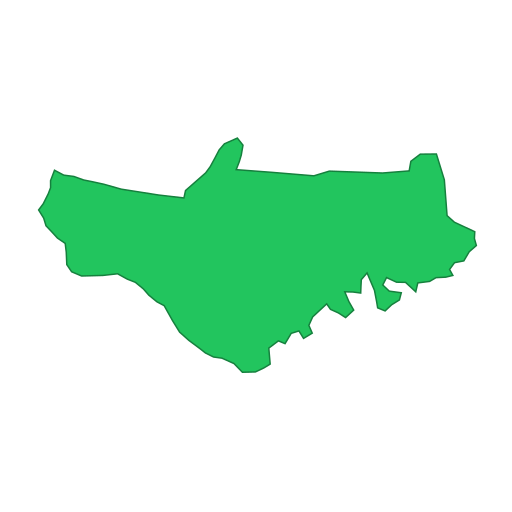 Quatro Pontes, Paraná, Brazil (Mercator projection), rotated 93°
{"feature_id": "56859067B95134606525009", "entity_name": "Quatro Pontes", "entity_type": "district", "adm_level": 2, "iso_a3": "BRA", "parent_name": "Brazil", "parent_adm1": "Paraná", "projection": "mercator", "projection_center": [-53.971, -24.574], "detail": "fine", "context": "isolated", "style": "filled", "palette": "green", "viewbox_px": 512, "rotation_deg": 93, "n_neighbors": 0, "source": "geoboundaries", "source_scale": "gbopen_adm2", "svg_char_len": 1508}
<svg xmlns="http://www.w3.org/2000/svg" viewBox="0 0 512 512"><g transform="rotate(93 256 256)"><path d="M180.9,461.7L191.5,465.1L198.5,464.7L204.7,466.7L215.0,471.2L221.4,475.5L229.3,470.0L236.8,467.3L242.1,461.7L248.5,455.2L253.4,447.2L262.0,445.7L274.5,444.5L281.4,439.3L285.1,429.1L283.4,407.8L281.0,393.3L285.8,383.4L288.6,375.1L294.8,366.7L300.7,361.0L306.9,352.6L310.4,345.1L325.0,335.9L336.0,328.3L343.8,318.6L351.2,307.5L355.5,301.4L359.1,293.1L359.8,284.7L364.6,272.3L372.8,263.5L371.8,250.5L367.3,242.2L363.2,236.2L347.3,238.4L339.6,229.2L342.0,222.4L331.4,216.8L328.6,209.2L335.8,204.2L330.1,195.8L322.5,199.6L313.8,196.2L306.5,189.1L300.1,182.9L305.4,178.8L308.5,170.8L312.8,163.3L304.9,155.6L296.6,160.9L287.1,165.5L286.9,157.2L287.5,149.5L280.7,149.6L274.1,149.6L267.1,144.2L284.1,135.9L295.1,133.2L301.4,131.8L304.1,124.2L297.6,118.0L292.4,110.5L285.1,109.0L284.1,121.1L278.3,127.9L270.7,124.5L274.8,114.3L274.5,105.3L283.4,94.6L274.4,93.0L272.3,81.3L268.2,75.1L267.2,65.4L265.1,58.4L259.3,62.0L252.3,57.4L250.0,48.2L240.6,43.3L234.0,36.5L227.1,38.8L220.3,38.8L211.9,59.6L205.7,67.3L170.1,71.9L144.7,81.2L145.7,97.3L153.3,106.3L163.0,107.5L166.5,134.0L167.4,187.2L172.9,202.4L171.6,245.2L170.8,280.3L162.6,277.6L156.0,276.0L146.0,274.8L139.2,280.8L145.6,293.4L151.9,298.3L160.4,302.2L169.2,306.4L175.6,310.6L194.3,329.8L201.8,331.0L200.2,356.5L196.3,394.1L192.3,411.7L190.3,423.8L189.1,432.1L186.1,442.0L185.3,452.2L180.9,461.7Z" fill="#22c55e" stroke="#15803d" stroke-width="1.5"/></g></svg>